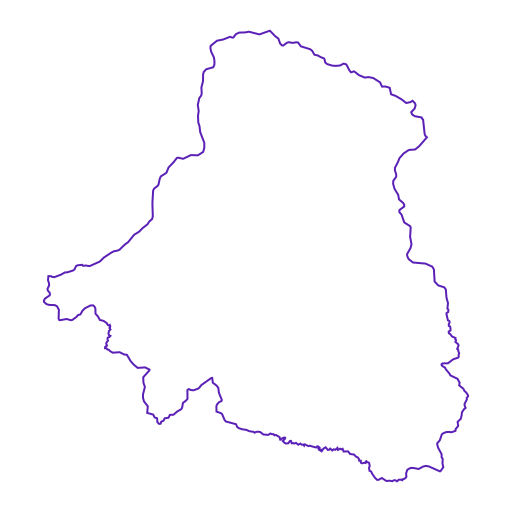 Song Khwae, Nan, Thailand (Robinson projection)
{"feature_id": "78962969B31957869244810", "entity_name": "Song Khwae", "entity_type": "district", "adm_level": 2, "iso_a3": "THA", "parent_name": "Thailand", "parent_adm1": "Nan", "projection": "robinson", "projection_center": [100.667, 19.412], "detail": "fine", "context": "isolated", "style": "outline", "palette": "violet", "viewbox_px": 512, "rotation_deg": 0, "n_neighbors": 0, "source": "geoboundaries", "source_scale": "gbopen_adm2", "svg_char_len": 5996}
<svg xmlns="http://www.w3.org/2000/svg" viewBox="0 0 512 512"><path d="M48.4,276.1L48.0,280.1L49.0,283.3L49.1,285.5L47.4,289.1L48.0,290.8L49.6,292.6L50.0,294.4L49.6,295.4L45.0,298.6L44.0,300.3L43.9,301.8L46.5,304.1L48.9,304.9L54.8,305.1L57.0,306.3L58.9,309.8L58.6,318.4L59.1,319.9L60.0,320.2L66.7,319.0L70.8,320.2L72.2,320.0L76.4,317.0L78.0,315.1L80.4,314.4L82.5,310.7L85.2,308.1L90.7,305.4L93.2,305.4L94.5,306.6L95.4,308.7L95.5,313.7L97.9,316.4L99.9,320.0L103.6,320.9L106.9,323.2L107.9,325.1L109.3,325.2L109.5,325.7L109.9,325.2L110.3,326.2L109.6,327.7L110.0,327.8L109.9,329.0L110.4,329.5L108.9,331.1L108.5,333.8L108.9,335.1L110.4,335.9L109.7,336.8L107.7,337.7L107.5,339.4L108.0,340.7L106.6,342.3L106.2,343.7L107.0,345.7L105.2,346.8L105.0,348.2L106.6,348.4L107.3,349.5L108.7,349.7L109.9,351.0L112.8,352.7L119.6,352.2L124.2,354.5L126.9,354.8L130.6,361.1L133.7,364.6L137.7,367.9L145.1,367.4L149.5,369.6L149.3,370.5L143.2,377.3L143.5,383.0L144.9,386.9L143.0,394.4L143.0,397.9L144.0,401.4L147.8,406.3L147.2,412.9L153.2,414.6L154.7,417.5L157.1,418.3L157.4,422.2L159.1,423.9L160.6,423.7L161.3,421.6L163.4,420.8L164.7,418.3L168.4,417.8L169.9,414.9L173.5,414.7L177.2,411.5L181.2,409.2L182.1,407.7L183.0,402.9L186.1,400.5L187.5,398.8L187.4,390.3L187.8,389.6L188.9,389.1L190.8,390.0L193.4,390.3L197.8,388.8L199.5,387.5L201.3,385.1L211.3,378.0L212.2,377.9L212.8,382.7L216.5,385.5L218.3,387.9L218.9,392.7L221.8,399.9L221.6,400.9L218.9,402.3L216.9,404.6L216.4,406.3L216.5,411.6L221.0,413.2L222.1,414.1L224.6,420.0L225.9,421.5L236.0,424.2L237.3,427.1L238.7,428.1L241.9,429.2L246.4,429.9L249.3,431.2L253.4,431.8L254.7,432.7L256.1,431.9L257.9,431.7L260.2,432.0L263.4,434.5L268.3,434.9L270.4,433.5L271.9,434.2L273.6,434.2L274.4,435.3L276.0,435.0L279.6,437.2L280.2,439.7L280.9,439.7L282.5,438.1L284.8,437.5L285.2,437.9L285.0,438.7L282.8,441.1L284.6,442.9L286.0,443.5L288.2,443.3L289.8,441.1L290.7,440.8L291.2,441.1L291.4,442.9L291.9,443.4L293.5,443.1L294.2,443.5L296.0,442.9L298.3,444.7L300.3,443.6L301.7,444.7L303.3,444.6L304.0,445.5L304.3,444.4L304.8,444.3L308.2,446.1L309.7,445.7L315.5,447.4L316.5,447.4L317.2,446.3L317.7,446.3L319.4,447.4L318.4,448.5L318.5,448.9L320.8,449.5L320.9,450.1L320.1,450.4L321.6,451.3L323.5,448.6L325.6,447.3L327.8,449.9L329.3,449.6L330.2,448.6L332.3,450.5L333.6,449.3L335.3,449.8L337.4,447.9L337.9,449.9L340.3,448.7L341.4,449.4L342.6,448.8L343.6,451.5L348.1,451.4L350.1,454.0L353.9,454.5L356.1,456.7L357.9,457.5L358.8,458.8L359.2,460.7L360.8,460.7L360.8,462.5L361.3,463.1L362.4,463.3L364.5,462.7L365.6,463.0L366.0,461.4L366.4,461.2L367.0,462.0L369.1,462.8L369.7,466.0L369.0,467.9L369.5,470.8L371.1,471.5L372.2,473.8L374.9,477.7L377.2,479.9L378.6,479.8L381.8,478.0L386.4,481.0L389.8,480.7L392.3,481.2L393.8,480.3L395.2,480.2L397.1,481.3L398.6,479.8L400.2,479.6L402.3,480.2L402.4,479.3L404.2,478.9L405.6,477.9L406.4,476.9L406.1,473.4L407.3,469.8L410.4,468.0L413.0,467.9L418.7,469.0L423.2,466.5L425.8,465.9L428.8,466.4L440.0,471.4L440.9,470.7L443.3,467.2L442.5,463.6L442.7,458.9L441.6,457.2L441.6,454.2L438.1,447.7L437.2,444.4L437.3,443.2L439.8,440.3L441.8,434.5L442.5,433.7L446.0,432.1L449.3,431.9L451.3,432.3L455.4,430.9L455.7,429.0L458.2,425.9L457.6,421.9L460.7,418.9L461.7,415.1L461.9,412.4L464.1,409.1L465.6,407.9L464.6,405.4L464.6,403.8L466.8,399.6L466.8,397.7L468.1,396.3L467.9,395.1L466.2,392.5L464.5,391.0L463.3,388.7L459.2,385.4L459.6,382.7L457.5,378.8L450.4,375.4L449.5,373.7L445.7,369.1L445.1,367.7L442.2,365.9L441.5,364.8L441.6,364.1L442.7,363.4L447.9,363.3L453.2,359.3L458.2,357.6L458.7,356.8L458.6,354.9L459.2,353.2L458.3,351.2L458.2,349.5L457.2,348.9L458.6,345.3L457.9,344.0L455.4,341.9L456.1,340.2L455.3,339.3L455.5,338.0L451.9,336.4L450.3,334.1L448.9,333.3L448.7,331.5L450.5,330.5L450.5,328.0L450.0,326.4L448.8,325.9L448.8,323.9L449.5,322.9L449.6,321.7L449.3,321.0L447.9,320.3L446.4,313.7L446.6,313.0L448.2,312.0L448.4,309.8L447.4,308.5L448.0,303.1L446.5,297.8L445.8,289.4L444.2,287.3L438.2,285.4L434.6,281.5L433.9,269.4L432.3,266.7L425.5,263.6L413.0,262.5L409.0,259.4L407.9,257.7L407.1,255.5L407.1,254.1L410.5,248.1L411.5,244.2L410.1,236.8L410.7,227.2L410.0,226.1L404.2,222.4L401.6,214.7L399.3,212.0L399.5,210.0L404.3,206.4L404.1,204.5L403.2,203.0L399.0,199.4L398.2,194.8L394.6,189.0L393.1,183.7L393.3,180.8L396.2,176.8L396.2,174.3L394.9,170.4L394.9,167.9L398.0,161.9L399.5,158.1L403.7,153.4L408.0,150.5L409.3,149.9L415.1,149.5L419.2,146.2L426.9,137.3L425.2,135.6L424.6,133.7L423.1,119.6L422.3,119.0L421.7,117.5L414.8,116.2L412.2,114.5L411.2,112.2L414.6,108.6L415.6,105.3L415.0,103.3L412.6,100.8L410.2,102.2L406.2,103.0L401.6,99.4L395.6,95.9L391.1,94.3L389.7,87.8L385.4,86.5L382.0,86.6L380.1,82.4L373.2,78.0L368.4,77.1L364.8,77.6L358.9,75.1L354.5,71.6L353.5,71.4L351.6,72.3L350.9,72.2L349.4,70.4L346.9,65.4L345.8,64.1L343.4,63.7L340.1,65.5L335.7,65.9L332.2,65.6L327.2,64.1L325.2,62.4L324.5,59.1L323.8,58.3L320.6,57.1L317.9,55.5L314.4,54.7L312.1,50.7L310.1,49.2L300.8,46.3L298.1,42.5L296.2,42.3L292.6,42.9L288.6,42.2L286.7,42.9L283.3,45.5L281.9,45.4L280.1,43.5L278.4,38.6L275.2,36.2L269.9,30.7L259.4,34.4L248.9,31.7L245.3,32.4L239.1,32.6L235.9,34.2L233.4,37.5L232.3,37.6L230.0,36.8L223.2,39.5L217.0,40.7L210.7,45.8L210.4,48.1L211.2,51.8L214.0,57.6L214.5,61.9L214.3,65.1L213.2,67.3L206.3,69.2L203.8,71.9L203.1,74.2L203.0,81.3L201.4,87.4L201.7,93.4L201.2,95.6L199.3,98.1L197.8,104.9L198.7,111.1L198.0,115.8L198.3,122.4L199.5,126.2L200.2,132.1L204.3,142.8L204.3,147.8L203.3,151.5L203.1,152.0L197.9,155.3L190.9,155.1L183.1,158.8L178.5,157.7L176.9,157.9L173.5,162.3L168.6,167.4L166.4,172.8L160.8,176.4L159.7,178.9L158.5,184.6L157.6,185.9L154.1,188.6L153.1,190.7L152.4,203.2L152.8,216.4L152.1,219.0L149.1,221.7L147.5,224.3L142.5,228.2L139.2,231.6L134.1,234.8L127.9,242.4L125.2,244.2L119.5,249.7L117.5,250.6L114.1,251.2L111.5,252.5L103.8,257.6L99.9,261.5L89.7,266.1L85.6,265.5L83.1,265.8L82.1,264.8L77.6,265.3L76.1,266.0L74.4,269.6L72.8,270.6L67.0,272.4L65.0,272.4L60.9,274.7L54.2,277.2L52.1,276.9L51.1,276.2L48.4,276.1Z" fill="none" stroke="#5b21b6" stroke-width="2"/></svg>